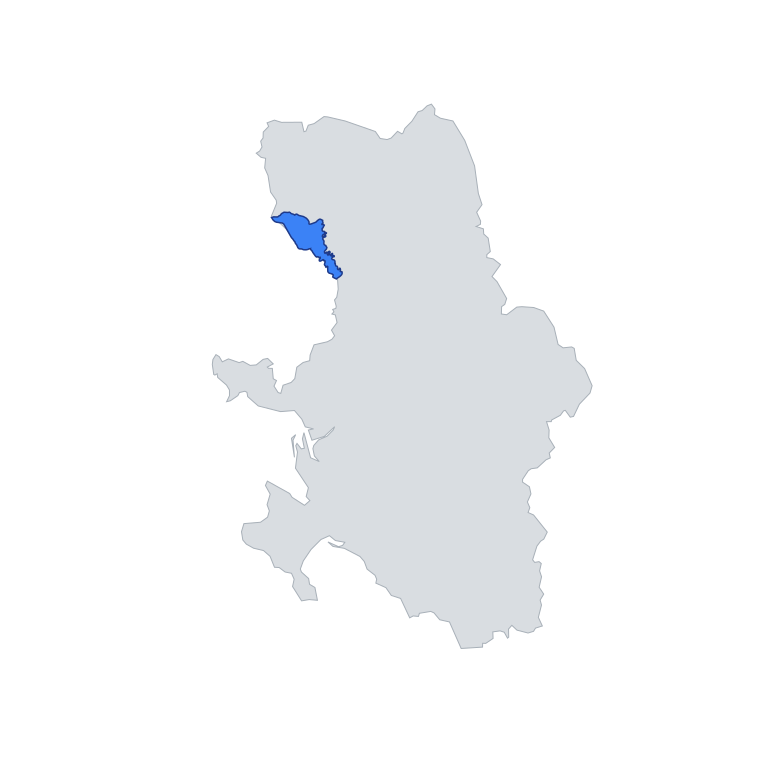 Ukraine, with Chernivtsi highlighted, rotated 67°
{"feature_id": "UKR-288", "entity_name": "Chernivtsi", "entity_type": "Region", "adm_level": 1, "iso_a3": "UKR", "parent_name": "Ukraine", "parent_adm1": "", "projection": "mercator", "projection_center": [26.206, 48.196], "detail": "fine", "context": "in_parent", "style": "filled", "palette": "blue", "viewbox_px": 768, "rotation_deg": 67, "n_neighbors": 0, "source": "natural_earth", "source_scale": "10m", "svg_char_len": 7839}
<svg xmlns="http://www.w3.org/2000/svg" viewBox="0 0 768 768"><g transform="rotate(67 384 384)"><path d="M507.8,515.8L515.3,527.4L521.6,533.3L524.8,533.5L533.6,529.4L539.3,530.8L544.3,527.1L557.1,529.8L553.2,537.1L551.4,544.6L534.7,547.3L528.6,543.0L522.1,543.1L518.4,548.5L512.0,552.2L509.9,556.4L498.1,556.2L490.2,560.0L484.2,568.2L477.6,573.3L472.4,574.9L464.3,572.9L457.8,567.5L463.0,551.7L461.1,543.2L456.0,539.1L449.4,538.8L440.9,531.8L431.1,532.8L427.8,529.3L448.0,513.6L452.4,512.9L464.6,504.6L462.4,497.8L457.2,499.6L449.9,494.1L426.9,498.4L412.8,490.2L406.3,489.3L404.7,487.3L411.4,485.5L412.0,482.4L402.6,480.5L397.5,476.7L423.2,480.4L430.1,473.9L423.0,476.2L415.7,474.7L413.1,472.6L409.9,466.0L409.8,456.8L406.5,448.7L404.0,446.1L408.9,459.4L407.6,472.3L396.8,471.6L397.8,466.4L392.7,473.2L384.2,473.4L373.4,476.8L369.0,490.0L355.1,508.3L342.4,514.4L338.1,513.4L336.3,514.9L335.4,520.4L337.6,523.1L339.4,532.1L338.8,535.8L334.4,530.8L329.1,528.6L323.4,529.4L313.0,534.5L309.4,533.6L309.7,536.2L308.7,537.0L298.9,534.4L294.6,531.9L291.3,527.2L294.4,525.0L300.4,524.2L300.1,517.4L307.7,509.0L308.0,505.1L314.6,499.9L316.5,494.1L314.1,485.6L315.0,481.1L322.2,478.1L322.8,484.8L324.4,484.2L326.0,480.7L335.9,483.9L338.8,481.6L343.0,486.1L350.5,484.8L352.3,482.7L345.7,477.4L346.3,468.8L344.2,464.0L334.5,457.7L332.6,450.0L333.5,443.3L328.5,440.7L320.6,433.1L323.0,419.6L322.5,414.5L320.3,410.6L313.9,411.3L309.1,403.2L301.4,401.8L299.2,404.6L298.0,401.9L295.3,402.1L295.6,398.8L293.8,397.6L287.3,396.7L285.7,393.6L278.8,389.1L270.2,386.1L265.6,389.1L263.4,388.3L260.0,391.2L247.9,390.5L240.6,396.6L230.6,399.2L229.7,403.6L226.1,409.3L203.9,413.2L194.5,417.3L191.5,421.0L185.7,422.3L175.7,412.2L172.7,411.4L163.0,413.4L146.8,409.3L138.5,409.4L130.0,404.8L127.3,408.6L121.6,411.4L121.0,407.5L118.2,403.7L112.3,402.6L110.3,399.2L104.9,396.7L101.8,389.5L97.9,389.6L98.3,381.8L103.1,376.1L110.9,357.4L120.5,359.1L120.7,357.0L116.2,352.6L117.0,346.6L114.4,334.7L116.2,331.4L126.7,317.0L148.2,293.3L156.5,291.6L160.2,285.6L160.4,281.3L156.7,272.8L160.7,269.8L160.4,268.4L156.9,265.0L153.0,255.6L146.7,246.3L147.2,242.0L144.8,235.7L144.9,231.0L150.7,229.6L155.8,232.3L161.4,228.2L168.8,217.8L191.3,214.5L218.6,215.4L245.5,222.7L257.2,223.7L262.1,231.6L271.8,231.4L274.7,232.9L275.0,237.7L280.0,231.9L284.9,233.6L290.4,231.1L303.6,234.4L305.1,238.8L307.8,240.0L311.5,234.6L319.6,230.1L327.3,242.6L333.9,240.0L353.2,237.7L357.9,241.7L358.7,245.5L365.4,248.6L368.2,244.0L365.1,231.7L366.7,226.9L372.1,216.3L379.3,208.5L398.1,205.3L415.6,208.3L420.7,205.0L423.2,196.8L425.5,195.0L437.3,197.8L448.2,193.3L466.9,193.1L472.8,197.9L478.9,212.0L487.9,222.2L487.3,225.5L479.1,227.4L478.9,229.2L481.7,233.9L482.6,243.6L484.0,244.8L482.1,249.1L490.9,250.0L497.9,253.3L509.1,251.7L512.1,258.9L517.0,259.8L517.1,264.5L521.1,275.7L519.5,281.6L520.2,285.1L525.9,293.7L528.5,294.8L535.4,290.3L542.6,291.7L548.6,298.1L554.8,298.1L558.6,301.6L563.0,297.5L584.1,291.6L589.2,297.5L589.9,301.3L593.0,306.6L603.9,315.9L607.1,315.0L608.1,310.7L610.7,309.4L616.8,313.8L623.0,314.3L631.7,320.6L639.8,319.1L643.9,324.7L649.0,325.4L659.1,333.1L668.6,332.8L667.9,339.9L670.1,343.0L669.5,348.7L662.5,357.8L656.1,360.6L658.2,365.1L665.7,368.1L666.2,369.6L659.5,370.3L656.6,373.6L654.7,380.7L660.8,383.0L662.5,391.7L661.2,394.5L664.7,396.1L657.6,416.3L628.6,416.7L622.8,424.8L614.2,427.4L611.6,429.8L608.9,441.0L611.4,443.1L608.9,447.8L609.3,451.7L587.9,452.5L581.5,459.9L572.2,461.8L564.1,469.3L560.8,467.0L556.6,467.0L547.8,471.9L539.7,471.5L533.4,473.5L519.8,484.7L513.6,494.4L507.5,497.3L516.0,489.4L516.4,485.2L514.4,481.9L509.1,489.9L502.3,493.5L502.5,502.8L507.8,515.8ZM416.5,495.1L397.8,490.4L396.1,485.1L400.2,489.7L416.5,495.1Z" fill="#d9dde1" stroke="#a8b0b8" stroke-width="1"/><path d="M240.6,396.6L239.6,397.1L235.6,398.0L235.1,398.1L233.6,398.2L233.0,398.3L232.0,398.8L231.4,399.0L230.8,399.0L230.6,398.8L230.3,400.4L230.4,401.5L230.1,403.0L229.5,404.5L229.0,405.5L228.7,405.9L227.8,406.7L227.4,407.2L226.7,408.8L226.4,409.3L224.9,410.0L224.2,410.0L221.9,410.0L219.8,410.6L218.3,410.4L217.8,410.6L216.8,411.0L215.2,411.2L213.1,412.0L197.5,413.8L196.1,414.7L193.0,419.8L191.7,421.1L189.7,422.0L187.3,422.4L186.9,422.5L186.9,421.9L186.9,421.7L187.0,420.6L187.0,420.4L188.5,417.1L188.6,416.7L188.6,416.3L188.6,416.1L188.5,415.8L188.3,415.2L188.2,414.9L188.2,414.7L188.2,413.7L188.1,413.4L188.0,413.2L187.5,412.5L187.4,412.4L187.3,412.2L187.1,411.4L187.0,411.1L187.0,410.3L186.8,409.4L186.8,409.2L186.9,408.7L187.1,408.3L188.5,405.6L188.6,405.2L188.8,404.4L188.8,404.2L188.9,403.9L189.2,403.7L189.7,403.3L190.0,403.2L190.6,403.0L190.7,402.9L190.9,402.8L192.5,400.9L192.9,400.6L193.1,400.5L193.3,400.5L193.5,400.4L193.6,400.1L193.6,399.9L193.5,399.6L193.4,399.4L193.3,399.1L193.4,398.7L193.4,398.3L193.5,398.1L193.6,397.9L193.8,397.7L194.3,397.3L194.8,397.0L195.1,396.9L195.4,396.7L198.4,392.7L200.9,390.8L202.1,390.3L203.4,389.9L204.8,389.7L205.5,389.7L205.8,389.8L206.5,390.1L206.8,390.3L207.1,390.4L207.4,390.4L207.6,390.3L207.7,390.2L207.9,389.9L208.0,389.5L208.2,388.3L208.4,384.0L208.4,383.5L207.5,381.2L207.2,379.8L207.1,379.3L207.1,379.0L207.2,378.8L207.3,378.4L207.5,378.2L207.8,377.8L208.2,377.5L209.4,376.5L209.8,376.8L210.5,377.0L211.9,377.2L212.1,377.4L212.4,378.6L212.7,378.8L213.1,378.7L213.2,378.4L213.3,377.9L213.5,377.5L214.4,376.9L214.9,377.3L215.2,378.1L215.8,378.5L216.5,379.4L216.6,379.7L216.6,380.1L218.1,380.8L218.6,380.9L219.2,380.8L219.7,380.4L220.1,379.5L220.5,379.1L221.3,379.5L221.6,379.5L221.7,379.2L221.8,378.4L222.0,378.2L222.5,378.0L222.8,378.2L222.9,378.9L222.9,379.8L222.9,379.5L222.6,381.1L222.6,381.6L223.0,382.3L223.5,382.8L224.1,383.1L224.7,383.0L225.1,382.4L224.6,381.7L224.3,381.2L224.2,380.6L224.2,379.9L224.3,379.7L225.2,379.8L225.6,380.4L225.5,381.8L225.7,383.2L226.7,383.8L228.5,383.4L229.1,383.5L229.5,383.6L230.3,384.1L231.3,384.5L232.2,384.6L233.0,384.2L233.8,383.4L234.4,383.6L235.9,383.2L236.5,383.6L237.3,384.3L237.5,384.7L238.1,386.1L238.5,386.7L238.9,387.1L239.5,387.3L240.2,387.4L240.7,387.1L240.2,385.4L240.5,384.7L240.9,384.7L241.1,384.9L241.3,385.2L241.4,385.4L241.7,385.5L242.8,385.4L243.5,385.2L243.3,384.7L242.8,384.2L242.3,383.8L241.1,383.5L240.5,383.1L240.4,382.6L241.0,382.1L241.8,382.2L242.9,383.1L243.4,383.3L243.9,383.4L244.3,383.1L244.4,382.3L244.3,382.0L243.7,381.3L243.6,381.0L243.7,380.5L244.1,380.5L244.5,380.8L244.6,381.3L244.8,382.1L245.1,382.6L245.5,382.6L246.0,381.8L246.0,381.3L245.8,380.6L246.0,380.2L246.3,379.9L246.6,379.8L247.0,379.9L247.3,380.2L247.1,381.2L247.3,382.1L247.7,382.8L248.2,383.1L249.1,383.0L249.5,382.6L249.9,382.0L250.3,381.5L251.0,381.2L251.7,381.2L252.8,381.5L253.3,382.0L253.5,382.1L253.7,381.9L253.9,381.8L254.3,381.8L254.9,382.1L256.3,382.2L256.6,382.1L256.8,381.9L257.2,381.3L257.4,381.1L258.5,381.1L258.8,381.2L259.5,381.7L259.9,381.8L260.3,381.8L260.6,381.7L260.8,381.5L261.0,381.1L261.0,380.5L260.8,380.3L260.5,380.2L260.2,380.0L260.2,379.4L260.8,379.2L262.1,379.5L262.4,379.7L262.7,380.0L263.0,380.2L263.4,380.2L263.7,379.9L264.1,379.1L264.5,378.8L265.8,379.3L266.7,380.1L267.3,381.3L267.8,382.8L268.4,385.9L268.7,386.4L268.0,387.4L266.1,389.0L265.6,389.3L265.1,389.1L264.2,388.3L263.6,388.1L262.5,388.7L260.7,390.9L260.6,391.1L259.4,391.7L258.3,391.7L254.9,390.4L254.3,390.0L253.9,389.9L253.6,390.0L253.5,390.3L253.6,390.7L253.6,391.1L253.6,391.3L253.7,391.5L253.8,391.8L253.6,391.9L253.2,391.8L252.9,391.8L252.7,391.7L252.4,391.7L252.1,392.0L250.9,392.2L249.8,391.5L248.8,390.6L247.7,390.2L247.4,390.3L247.3,390.6L247.2,390.9L246.9,391.2L246.7,391.2L246.2,391.0L245.7,391.5L245.7,391.9L245.9,392.5L246.0,393.4L246.0,394.3L245.9,394.9L245.5,395.3L244.9,395.3L244.3,395.0L243.9,394.5L243.6,393.9L243.2,393.4L242.5,393.2L242.4,393.6L242.2,394.2L241.2,394.9L240.8,395.5L240.6,396.2L240.6,396.6Z" fill="#3b82f6" stroke="#1e3a8a" stroke-width="1.5"/></g></svg>